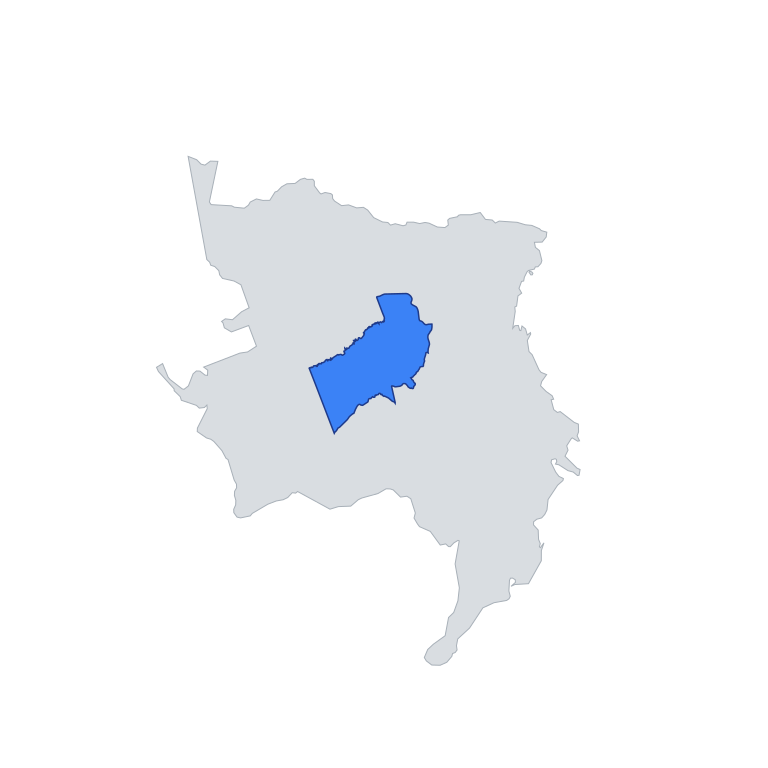 Meta highlighted on a map of Colombia, rotated 159°
{"feature_id": "COL-1425", "entity_name": "Meta", "entity_type": "Department", "adm_level": 1, "iso_a3": "COL", "parent_name": "Colombia", "parent_adm1": "", "projection": "orthographic", "projection_center": [-72.97, 3.272], "detail": "fine", "context": "in_parent", "style": "filled", "palette": "blue", "viewbox_px": 768, "rotation_deg": 159, "n_neighbors": 0, "source": "natural_earth", "source_scale": "10m", "svg_char_len": 9510}
<svg xmlns="http://www.w3.org/2000/svg" viewBox="0 0 768 768"><g transform="rotate(159 384 384)"><path d="M438.3,120.5L431.1,123.4L417.1,127.1L407.4,142.9L400.8,145.7L392.7,155.1L386.7,166.7L382.1,190.5L370.0,210.6L371.0,211.5L375.8,210.6L380.4,208.4L382.0,209.1L383.7,212.6L389.2,213.5L393.6,229.8L402.0,238.1L402.9,241.4L404.0,248.1L401.0,252.3L400.1,267.3L402.8,271.0L409.1,272.5L413.3,281.8L415.9,283.9L419.7,285.4L428.9,283.9L445.6,285.5L449.5,285.2L458.8,281.9L470.6,285.9L479.3,286.5L503.2,314.6L505.6,313.8L508.6,315.4L514.6,312.5L519.7,312.1L526.5,313.4L535.5,313.4L553.4,310.4L556.1,308.8L565.9,310.4L568.9,312.4L570.3,317.7L569.2,320.9L565.8,324.3L564.0,328.5L563.6,333.6L561.9,337.4L558.8,339.9L557.6,343.4L558.3,348.1L556.7,369.4L558.1,371.2L559.2,379.9L563.4,391.3L565.5,394.5L569.0,397.2L575.4,406.5L574.0,409.7L557.8,424.4L556.9,427.8L560.1,426.4L565.1,427.7L566.8,431.3L579.0,441.4L578.8,445.3L582.3,452.9L581.7,454.7L590.1,476.5L590.4,481.1L583.4,482.4L583.1,467.7L582.1,464.8L574.2,451.8L572.6,450.7L567.3,452.3L558.6,461.9L554.5,463.4L551.2,462.0L547.9,456.4L545.7,455.3L543.6,460.1L546.3,464.4L507.5,464.5L499.9,462.8L489.5,465.0L489.4,487.1L507.8,487.3L512.9,493.7L512.4,498.8L513.2,500.6L508.8,501.7L502.4,498.3L491.0,502.5L482.6,503.5L482.0,527.9L487.1,533.9L496.9,540.4L498.3,544.8L497.6,549.0L499.9,554.3L503.2,557.0L503.1,560.2L504.8,563.7L485.3,666.7L478.5,660.5L476.0,654.8L472.7,652.5L466.2,654.3L459.3,651.4L481.8,616.5L481.1,613.4L462.3,604.9L460.4,602.7L451.4,598.2L446.5,599.5L443.7,601.8L436.8,602.5L431.3,598.8L424.8,596.4L416.9,602.3L414.5,602.2L408.9,604.8L402.9,605.7L395.1,603.1L388.7,605.0L384.3,604.6L382.7,602.7L377.1,600.6L376.4,598.3L378.0,594.0L375.6,585.5L374.7,584.0L370.4,583.9L365.4,580.8L364.4,579.0L365.5,575.5L364.6,572.5L359.7,565.7L352.9,563.9L346.4,558.2L339.9,556.3L336.9,552.2L334.0,543.0L327.3,535.8L322.5,533.4L321.0,530.0L316.1,529.6L309.5,524.9L306.6,524.6L304.5,526.8L298.4,524.5L293.2,521.0L287.8,520.1L284.3,518.0L277.9,511.4L271.0,508.2L267.0,509.3L265.7,514.2L263.4,515.1L255.4,513.8L254.1,514.8L252.0,514.6L242.3,510.9L232.7,509.6L230.3,501.3L224.2,498.3L222.4,494.4L218.1,494.8L201.7,487.2L195.0,482.0L189.2,479.1L183.2,473.2L182.2,470.9L177.6,467.4L179.9,463.1L185.5,459.8L192.8,462.4L193.7,457.3L191.1,452.8L192.4,442.6L194.3,440.3L198.3,438.3L200.8,439.1L202.4,437.4L208.4,438.2L210.2,437.5L214.7,433.4L216.7,430.1L218.8,430.5L223.7,424.9L222.9,419.5L227.4,418.2L232.3,409.2L234.3,409.0L235.5,404.7L243.9,389.8L240.9,391.5L237.6,390.5L238.1,385.4L237.1,384.8L234.4,388.7L232.1,384.7L232.7,378.4L228.9,379.5L229.1,378.1L234.6,373.3L237.0,362.3L235.2,358.3L234.2,341.7L233.2,338.6L228.8,334.5L235.9,329.8L238.5,326.2L235.3,318.9L231.2,312.7L231.1,309.0L233.6,309.4L234.7,299.2L232.3,295.3L229.4,295.1L220.2,280.0L216.9,276.9L219.5,269.6L222.3,266.4L221.8,260.9L223.7,261.2L227.6,266.3L229.3,265.5L235.6,260.8L235.9,256.3L240.9,251.7L234.0,236.3L231.6,233.9L234.6,228.9L236.2,229.2L238.9,234.0L243.3,237.2L249.7,245.9L252.6,247.8L250.5,249.7L250.1,251.8L251.0,252.9L254.7,253.2L256.2,250.8L255.3,240.3L253.8,235.1L250.4,231.4L251.5,229.8L258.2,227.3L272.2,217.4L277.0,208.0L280.7,204.6L284.8,202.5L289.8,203.0L293.7,201.8L294.9,198.8L292.4,192.4L295.4,183.5L295.3,179.0L297.3,176.3L296.6,175.2L291.6,178.4L296.8,172.1L300.5,162.6L320.7,145.8L333.7,149.9L337.9,149.6L332.4,151.7L331.6,154.2L333.5,156.7L335.5,157.4L337.2,155.8L341.6,146.0L342.2,140.6L344.2,138.7L347.0,138.0L359.7,140.4L371.9,139.6L391.6,125.5L406.5,119.6L410.1,113.8L411.1,109.5L413.8,107.8L416.6,107.8L418.3,105.4L425.1,101.7L432.4,101.3L440.1,104.5L443.7,110.3L444.4,114.2L438.3,120.5ZM208.6,436.4L207.6,437.1L205.9,435.7L205.3,434.0L206.4,432.8L207.8,433.2L208.6,436.4Z" fill="#d9dde1" stroke="#a8b0b8" stroke-width="1"/><path d="M317.8,422.8L317.8,422.6L318.8,420.0L319.9,418.0L320.3,417.5L321.1,416.9L322.0,416.5L322.9,415.6L324.5,414.5L325.2,414.0L326.2,412.3L326.5,411.2L326.7,410.0L326.8,407.2L327.0,405.8L327.4,404.6L329.9,401.3L330.6,400.0L331.4,398.2L331.6,397.2L332.5,398.1L333.5,398.2L333.8,398.0L333.9,397.7L334.0,397.6L334.2,397.3L334.7,396.3L336.9,393.6L337.6,392.5L337.8,391.7L337.8,391.3L337.8,391.0L338.1,390.6L338.8,389.9L339.6,388.9L340.1,388.2L340.7,386.8L341.3,386.4L343.1,386.9L344.2,386.9L345.8,385.3L347.0,384.5L347.6,383.9L348.1,383.6L348.7,383.5L349.1,383.5L349.7,383.3L350.0,382.9L350.3,382.3L351.1,381.9L351.7,381.7L354.0,380.7L354.3,380.4L354.7,380.2L355.4,380.2L355.8,380.3L356.8,380.2L356.4,379.1L356.4,378.7L356.4,378.2L356.1,377.7L355.6,377.1L355.5,376.8L355.5,376.4L355.6,375.8L355.2,374.0L354.7,373.5L354.8,372.8L355.0,372.4L355.4,372.0L355.6,371.8L356.4,371.4L357.2,371.0L357.4,370.6L357.9,369.8L358.2,369.5L358.6,369.4L359.0,369.5L359.4,369.7L359.6,369.9L359.7,370.2L360.1,370.5L360.6,370.4L360.9,370.5L361.2,370.7L361.6,371.4L362.0,371.8L362.4,372.5L362.6,372.8L362.6,373.2L362.8,374.2L363.5,375.8L363.6,376.2L363.7,376.4L364.0,376.7L364.4,376.9L364.9,377.1L365.3,377.3L365.8,377.4L366.3,377.3L366.9,377.1L367.8,376.4L369.9,376.2L374.1,377.2L374.8,377.5L375.2,377.8L375.4,378.2L375.6,378.4L376.0,378.6L376.9,379.2L377.4,379.4L377.6,379.3L377.8,379.0L377.9,378.2L379.0,370.8L380.2,362.7L380.5,362.1L380.7,363.1L380.9,363.5L382.5,365.0L384.8,369.3L387.8,372.5L388.3,372.5L388.5,372.5L388.7,372.8L388.8,373.0L389.4,373.7L389.5,374.0L389.7,374.5L389.7,374.8L389.6,375.0L389.9,375.2L390.1,375.2L390.4,375.1L390.7,375.3L390.7,375.5L390.9,376.5L391.6,376.9L391.9,377.0L392.3,376.9L392.5,376.8L392.9,376.3L393.2,376.2L393.5,376.2L394.8,376.5L395.1,376.5L395.2,376.4L395.3,376.3L395.4,376.2L395.6,376.3L395.8,376.6L396.0,376.7L396.3,376.6L397.1,375.3L397.3,375.1L397.6,375.1L398.1,375.2L398.6,375.4L398.8,375.6L399.1,376.2L399.9,376.0L401.6,375.1L402.2,375.5L403.1,375.6L403.8,375.4L405.3,373.2L405.7,373.0L411.2,371.8L411.6,371.8L411.9,371.9L413.2,372.7L413.5,373.2L413.9,373.7L414.6,373.9L415.9,373.6L417.2,372.8L419.7,370.6L422.4,367.7L422.7,367.4L423.1,367.4L423.5,367.4L423.9,367.4L426.9,366.4L428.4,365.7L431.0,363.9L440.9,359.6L442.9,359.3L443.2,359.0L444.8,357.7L445.7,357.2L446.3,356.9L446.8,356.8L447.2,356.6L448.1,355.8L448.1,408.8L448.2,425.6L447.5,425.8L446.8,425.4L446.5,425.3L446.3,425.6L446.0,425.8L445.6,425.7L445.3,425.4L444.9,425.1L444.6,425.1L443.4,426.0L443.0,426.1L442.7,426.1L442.2,425.8L441.9,425.7L441.3,425.7L441.0,425.5L440.8,425.1L440.6,424.6L440.3,424.4L440.0,424.4L439.8,424.7L439.6,425.6L439.4,425.9L439.1,426.0L438.8,425.7L438.5,425.4L438.2,425.4L438.0,425.6L437.9,426.0L437.7,426.3L437.3,426.4L436.7,426.1L435.5,425.4L435.2,425.4L434.8,426.1L434.4,426.2L433.6,425.9L433.0,425.8L432.1,426.0L431.6,426.0L431.2,426.1L431.0,426.4L430.6,426.8L429.2,427.4L428.4,427.3L428.3,426.9L428.4,426.0L428.2,425.8L427.8,426.1L427.5,426.4L427.1,426.6L426.6,426.5L425.3,425.2L425.1,425.2L424.9,425.4L424.9,426.4L424.8,427.1L424.5,427.4L424.2,427.2L423.9,426.2L423.7,425.9L423.4,425.9L422.9,426.2L422.6,426.6L421.9,426.9L418.9,427.5L418.4,427.6L418.2,427.6L417.9,427.8L417.5,427.9L417.0,428.0L416.6,428.0L416.3,427.6L416.1,427.7L415.7,427.4L414.4,427.3L413.6,427.1L413.2,426.7L412.7,425.9L412.2,425.7L411.5,425.9L410.2,426.2L409.8,426.4L409.6,426.8L409.6,427.5L409.8,428.1L409.7,428.9L409.3,428.8L408.8,429.0L408.4,429.2L407.9,429.5L407.8,429.8L407.9,430.1L407.9,430.8L407.7,431.5L407.6,431.3L407.2,430.1L406.7,429.6L406.3,429.7L406.0,430.1L405.8,430.8L404.5,430.1L403.9,430.1L402.5,431.3L402.0,431.6L401.4,431.7L400.2,431.8L399.9,432.0L399.1,432.6L398.9,432.6L398.7,432.5L398.3,432.5L398.0,432.4L397.7,432.3L397.5,432.2L397.4,432.6L397.5,432.7L397.7,432.9L397.9,433.1L398.1,433.2L398.1,433.4L397.2,433.4L396.8,433.8L396.7,434.5L396.7,435.5L396.3,435.4L396.2,435.3L396.5,435.3L395.9,434.3L395.6,434.1L395.1,434.6L394.8,436.0L394.5,436.1L394.3,436.0L394.2,435.7L394.0,434.5L393.5,434.3L392.4,434.6L392.0,434.9L391.7,435.7L391.2,436.2L390.4,436.0L390.1,435.5L389.8,435.3L389.4,434.8L389.1,434.7L388.4,434.9L385.5,436.6L385.2,437.1L385.0,437.4L384.4,437.8L384.3,438.3L384.5,438.5L384.8,439.0L384.7,439.3L383.9,439.5L383.6,439.7L383.4,440.1L382.8,440.4L382.1,441.0L381.6,441.2L381.3,441.2L381.1,441.0L380.8,441.0L380.2,441.2L379.5,441.7L379.0,442.2L378.8,442.2L378.5,442.1L378.3,441.9L378.1,441.8L377.9,442.0L377.9,442.5L377.7,442.8L377.4,442.9L377.1,442.9L376.8,442.7L376.7,442.5L376.6,442.2L376.4,442.1L375.6,442.3L375.0,442.0L373.9,442.6L373.9,442.8L374.1,443.0L374.1,443.3L373.8,443.5L372.9,443.6L372.4,443.7L371.5,443.4L371.2,443.5L370.9,444.0L370.6,444.1L370.5,443.8L370.5,443.4L370.3,443.2L369.9,443.2L369.8,443.4L369.6,443.8L369.5,444.0L369.3,444.0L369.1,443.7L368.9,443.5L368.3,443.5L368.0,443.8L367.8,444.0L367.6,443.9L367.5,443.7L367.5,443.3L367.6,442.9L367.2,442.1L367.0,443.2L366.8,443.4L366.6,443.4L366.4,443.2L366.1,443.1L364.9,443.2L364.4,442.4L364.3,442.2L364.1,442.2L363.0,442.8L362.7,442.9L362.4,442.9L362.2,442.7L362.2,442.4L362.1,442.1L361.7,442.2L361.3,442.5L361.0,442.8L361.0,443.1L361.1,443.4L361.1,443.7L360.9,443.9L360.6,444.3L360.3,445.0L360.0,445.2L359.8,446.6L359.9,451.0L359.8,467.4L359.3,468.0L356.5,467.5L353.3,467.8L352.0,467.8L351.1,467.7L330.9,460.5L329.5,459.6L328.4,458.1L327.6,456.5L327.3,454.9L327.3,453.7L327.7,452.7L328.3,451.8L329.1,451.0L329.6,450.3L329.8,449.7L329.8,449.0L329.4,448.3L328.9,447.5L326.9,445.2L326.3,444.4L326.0,443.4L325.9,442.2L325.9,441.1L326.1,439.4L328.0,431.9L328.0,430.6L327.6,430.0L326.9,429.5L326.3,428.9L325.8,428.1L324.8,425.6L324.5,425.1L324.1,424.7L323.5,424.3L322.8,424.1L321.2,423.9L317.8,422.8Z" fill="#3b82f6" stroke="#1e3a8a" stroke-width="1.5"/></g></svg>